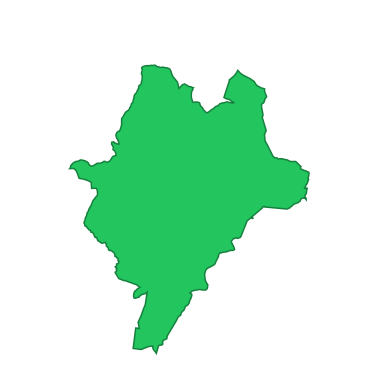 outline of San Antonio Cañada, Puebla, Mexico, rotated 337°
{"feature_id": "50627088B68124380296432", "entity_name": "San Antonio Cañada", "entity_type": "district", "adm_level": 2, "iso_a3": "MEX", "parent_name": "Mexico", "parent_adm1": "Puebla", "projection": "orthographic", "projection_center": [-97.28, 18.495], "detail": "fine", "context": "isolated", "style": "filled", "palette": "green", "viewbox_px": 384, "rotation_deg": 337, "n_neighbors": 0, "source": "geoboundaries", "source_scale": "gbopen_adm2", "svg_char_len": 5984}
<svg xmlns="http://www.w3.org/2000/svg" viewBox="0 0 384 384"><g transform="rotate(337 192 192)"><path d="M219.5,252.2L231.4,240.2L236.2,238.7L236.4,239.3L237.0,239.1L237.6,240.1L237.8,240.1L237.7,238.7L237.4,238.3L250.6,234.1L251.1,233.5L252.8,233.4L252.7,234.0L272.6,244.7L273.9,244.9L274.7,244.7L276.0,244.8L276.2,244.4L278.4,244.0L279.4,243.6L279.6,243.4L282.0,243.0L285.5,243.3L286.2,243.0L287.9,242.7L289.3,241.3L290.5,240.8L291.2,240.8L292.5,241.2L293.4,241.9L293.8,242.5L294.1,243.6L294.6,242.2L294.1,240.9L294.3,240.0L294.8,239.2L296.4,238.3L297.0,237.5L297.1,236.8L298.2,235.6L298.4,234.8L299.5,233.7L299.3,233.4L299.0,233.3L298.2,233.4L297.1,232.5L298.7,231.3L299.5,230.2L301.1,229.4L301.6,228.7L302.2,228.3L302.5,227.7L304.1,226.2L304.3,225.8L304.2,224.3L305.1,223.6L306.8,221.0L307.3,219.6L306.2,218.6L305.3,217.3L303.0,215.4L301.0,213.0L301.8,211.4L302.2,211.2L299.6,204.8L298.5,203.9L296.8,203.5L296.3,203.1L294.5,202.4L292.3,199.8L291.3,199.0L289.2,197.7L288.5,196.9L286.0,195.7L284.9,195.6L284.3,195.1L283.9,194.3L283.3,193.6L282.4,193.3L281.5,192.6L281.2,192.2L280.5,190.8L279.7,177.4L279.2,173.7L281.1,167.5L284.3,164.4L285.8,150.8L287.5,148.9L289.2,141.0L290.3,138.4L292.4,138.0L293.2,137.6L294.9,135.7L295.4,134.8L296.4,134.5L298.0,133.3L298.0,128.2L299.1,125.4L296.4,123.2L294.2,120.5L293.2,119.0L292.7,116.9L292.5,114.7L289.7,110.3L284.9,104.6L283.1,102.0L281.7,97.9L279.3,99.8L276.8,101.3L271.6,103.0L270.2,103.3L269.5,104.6L258.3,117.5L260.1,119.7L262.0,121.0L263.0,122.3L263.3,123.2L265.5,125.8L265.5,126.1L264.4,126.1L261.8,124.5L259.6,122.8L257.4,122.4L256.2,122.4L254.7,121.8L251.9,121.7L249.8,122.7L247.0,122.6L244.6,123.5L242.5,123.8L238.6,124.8L237.4,125.0L236.8,125.0L235.5,123.3L235.3,122.3L234.9,121.6L234.5,118.5L233.6,116.5L233.5,115.3L233.8,113.5L233.6,112.5L231.7,111.1L229.7,110.3L228.7,110.3L227.9,109.6L227.8,109.3L228.0,108.4L228.1,106.3L228.8,103.3L229.8,101.6L230.3,100.2L231.2,99.2L232.2,98.6L233.0,97.6L233.0,97.1L234.0,96.5L233.1,95.9L232.5,95.1L230.3,93.6L229.4,92.1L228.7,91.5L227.5,89.7L225.2,89.5L220.4,91.6L221.5,85.9L221.4,84.5L219.7,79.0L219.4,77.1L219.8,72.3L219.6,70.5L219.2,69.6L218.0,68.3L217.3,67.8L216.2,67.5L215.2,66.5L214.0,65.7L212.2,65.3L209.9,63.6L208.7,63.1L208.4,62.0L207.2,60.6L205.6,60.3L203.6,59.3L201.4,59.0L200.8,58.3L199.5,58.1L198.8,57.7L196.2,57.4L194.3,57.8L194.1,58.6L194.0,59.7L193.5,60.8L191.7,63.1L191.6,65.4L191.1,66.8L189.1,70.4L188.3,71.0L188.0,71.4L187.7,72.6L186.4,73.2L185.7,73.1L184.8,73.5L184.3,73.8L183.4,75.6L182.1,76.6L179.5,79.0L178.6,79.3L177.3,80.0L176.1,81.2L175.4,82.6L174.0,84.1L172.8,86.2L171.5,86.8L171.1,86.8L169.1,89.2L167.7,90.0L167.2,90.8L166.4,91.4L164.8,92.1L163.3,92.2L161.5,92.9L161.2,93.3L159.7,94.3L158.5,95.3L156.0,96.9L154.2,100.7L154.1,101.5L153.1,102.9L152.7,103.9L151.0,105.5L150.2,106.7L148.8,107.6L148.0,107.3L146.3,107.8L144.9,108.9L144.0,110.3L143.7,113.2L144.2,114.8L144.0,115.3L143.9,117.7L143.6,119.3L142.3,118.9L141.5,117.9L140.6,117.2L139.6,116.1L139.6,115.2L138.6,115.1L137.6,114.8L136.7,116.4L136.9,118.5L137.1,119.2L136.8,120.9L135.9,121.8L135.9,122.2L136.9,124.0L137.0,126.8L136.4,128.6L135.7,128.4L134.9,128.5L133.7,128.3L133.3,128.3L131.4,129.3L130.4,130.2L128.6,131.2L128.1,131.4L126.2,131.5L125.4,131.4L124.7,130.9L124.0,130.0L123.4,129.5L123.0,129.4L122.2,129.4L121.3,129.9L120.5,129.7L119.2,129.7L117.1,129.1L116.6,128.6L115.8,128.6L112.1,129.1L109.8,129.2L108.0,127.1L108.0,125.1L107.5,123.6L106.9,122.9L106.5,122.7L105.8,121.5L103.0,119.5L101.8,118.9L99.2,119.2L97.1,118.5L94.2,118.7L93.3,119.3L92.2,119.5L91.7,120.0L90.9,120.2L89.2,122.4L88.6,122.7L92.2,124.1L93.3,125.9L93.8,128.6L93.4,135.3L96.8,137.5L99.1,139.4L101.3,141.5L103.0,143.8L101.0,149.4L104.3,150.7L105.5,151.4L105.4,153.6L104.4,156.6L103.6,158.1L101.3,159.1L100.0,160.0L98.8,160.5L97.1,161.6L93.9,164.9L91.4,166.7L90.0,167.9L89.2,169.0L87.0,170.5L86.7,171.5L85.9,172.2L85.1,173.2L84.5,173.5L83.0,175.0L82.8,175.8L80.7,177.8L80.5,178.4L80.7,179.3L80.2,181.4L80.9,182.0L81.4,182.3L81.5,184.1L82.2,185.3L82.5,186.8L83.6,187.8L83.2,189.4L84.5,190.3L84.8,191.0L85.0,191.7L84.9,194.0L85.2,194.7L85.0,196.0L86.1,196.4L86.4,196.7L86.3,199.9L89.0,204.0L92.7,204.6L92.5,206.2L92.8,207.2L92.2,207.8L92.0,208.4L93.1,210.5L93.0,211.1L92.6,212.3L92.8,213.2L93.1,213.6L94.6,214.1L96.6,217.9L96.7,218.9L96.4,219.4L96.3,220.2L95.9,221.0L96.0,221.3L96.3,221.3L96.8,221.8L97.0,223.2L97.9,224.0L97.7,225.1L97.1,226.0L97.2,227.0L97.5,227.2L97.3,227.9L96.5,228.8L96.1,228.9L94.4,228.8L93.9,230.2L93.3,230.8L92.1,230.9L92.4,231.8L92.7,231.9L92.9,233.2L92.4,233.3L91.9,233.9L91.9,234.9L91.3,235.6L90.0,235.8L89.8,236.3L90.8,243.1L94.7,247.0L95.8,247.3L97.4,249.0L104.6,255.6L106.8,259.4L103.4,260.0L101.7,260.8L100.4,261.0L98.6,263.0L97.8,264.4L97.4,265.7L97.3,267.1L98.6,267.7L100.5,267.8L102.1,268.1L104.0,267.1L105.4,266.8L109.5,267.3L111.6,266.7L104.8,277.7L102.2,280.1L96.3,286.5L91.5,290.9L90.2,297.0L87.1,295.2L76.7,313.0L83.6,317.1L91.7,317.3L95.6,318.4L94.9,320.9L95.3,323.6L95.8,324.4L96.1,326.6L101.2,320.4L102.2,320.3L104.1,321.0L105.4,320.8L105.8,320.5L105.9,320.1L105.9,319.1L107.5,317.4L108.5,317.2L110.4,317.4L111.4,317.2L112.1,316.4L112.6,315.2L113.4,314.5L126.4,305.0L128.4,303.5L128.7,303.0L130.0,302.0L131.7,301.2L133.6,300.9L133.9,300.0L134.8,299.2L136.6,298.1L138.2,297.8L138.6,297.2L139.3,296.9L141.0,294.9L142.1,294.5L143.6,294.5L145.6,293.4L146.6,292.3L146.9,291.6L148.0,290.8L149.0,289.7L150.1,288.9L151.6,286.8L151.8,285.9L150.7,284.7L150.6,284.1L151.8,284.0L152.5,283.4L153.2,283.2L155.8,283.5L161.0,284.7L162.7,285.9L166.4,287.6L168.4,286.8L170.3,283.7L169.7,280.5L169.9,277.7L171.5,272.5L174.0,269.5L176.2,268.3L180.8,268.0L184.4,267.6L189.8,262.8L191.0,262.1L191.5,260.8L192.7,259.6L193.4,259.4L194.2,258.8L195.3,259.5L196.9,259.5L198.9,260.2L201.4,260.7L203.8,260.6L207.0,261.8L208.7,261.6L209.0,259.2L208.7,253.3L209.1,252.7L211.6,251.2L212.9,251.4L213.3,251.2L214.7,251.5L216.0,252.6L218.8,252.6L219.5,252.2Z" fill="#22c55e" stroke="#15803d" stroke-width="1.5"/></g></svg>